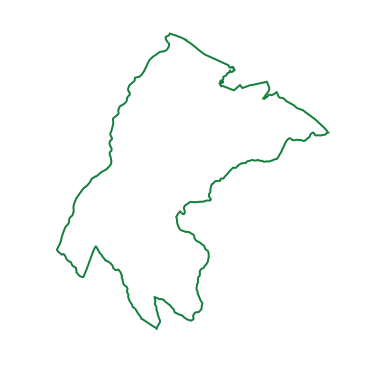 the district of Gnral. Antonio Elizalde, Bolivar, Ecuador, rotated 111°
{"feature_id": "8360857B53481091829171", "entity_name": "Gnral. Antonio Elizalde", "entity_type": "district", "adm_level": 2, "iso_a3": "ECU", "parent_name": "Ecuador", "parent_adm1": "Bolivar", "projection": "natural_earth1", "projection_center": [-79.193, -2.142], "detail": "fine", "context": "isolated", "style": "outline", "palette": "green", "viewbox_px": 384, "rotation_deg": 111, "n_neighbors": 0, "source": "geoboundaries", "source_scale": "gbopen_adm2", "svg_char_len": 6023}
<svg xmlns="http://www.w3.org/2000/svg" viewBox="0 0 384 384"><g transform="rotate(111 192 192)"><path d="M76.0,124.2L74.5,128.1L73.3,136.9L72.3,138.4L71.8,140.0L71.8,140.6L72.4,143.9L72.3,144.5L71.9,145.2L68.5,148.7L72.0,151.2L72.6,151.8L73.2,152.6L73.3,154.6L73.6,154.9L74.4,155.3L76.4,155.9L76.6,156.1L77.0,156.9L79.0,157.8L79.2,159.0L70.3,156.6L68.3,156.7L66.6,157.5L62.3,161.6L70.2,173.7L71.1,175.5L76.9,182.3L75.0,185.5L82.1,189.3L82.0,201.3L82.8,202.4L82.1,203.9L81.5,203.8L81.2,204.1L80.7,204.9L80.0,203.7L78.7,202.5L78.4,202.3L77.8,202.6L77.9,203.0L79.0,204.8L78.8,205.3L77.7,204.9L75.8,203.4L75.3,203.3L73.8,204.0L73.4,204.0L72.7,203.6L71.6,202.2L69.8,201.6L68.3,201.5L67.6,200.4L67.2,200.2L65.2,200.1L65.1,199.9L66.0,199.1L65.9,198.3L65.1,197.1L63.6,196.9L63.3,195.9L62.9,195.9L61.7,197.6L61.2,197.5L60.6,198.8L60.9,199.5L61.6,199.6L61.8,200.4L62.2,201.1L62.1,202.1L60.8,203.0L60.5,204.8L59.0,229.9L56.7,237.6L55.7,240.1L53.4,247.8L52.7,251.9L52.2,251.8L51.7,256.7L51.7,261.5L51.7,263.8L52.1,269.5L52.7,269.5L53.8,269.7L54.7,270.3L56.1,271.8L57.3,272.0L58.3,271.5L59.5,270.3L60.5,269.0L61.3,267.3L62.4,266.1L65.2,265.8L67.8,266.4L69.3,267.1L70.8,268.8L72.4,271.7L73.2,272.6L76.5,274.6L79.6,276.9L83.7,278.9L88.2,279.5L92.4,279.6L94.0,280.1L95.9,279.9L101.0,281.2L103.1,282.3L105.6,286.0L106.4,286.2L107.4,285.7L108.6,285.5L109.8,286.0L113.7,288.2L115.0,288.7L117.9,288.7L119.3,288.5L119.8,288.1L122.4,285.2L123.9,285.1L126.4,286.2L127.0,286.3L129.8,285.7L131.0,285.8L132.1,286.0L133.5,286.7L135.1,287.7L137.3,289.7L138.4,290.1L141.6,290.2L142.8,289.9L144.4,288.9L145.3,288.7L148.5,290.1L149.3,290.8L150.9,291.7L151.8,292.0L152.6,291.8L155.4,290.3L159.4,289.6L164.4,289.1L167.3,289.2L168.5,288.1L170.5,286.0L171.0,285.7L171.7,285.8L174.1,286.8L175.7,286.6L176.5,286.3L177.3,285.8L180.1,282.8L180.8,282.4L181.7,282.1L182.5,282.1L184.4,283.0L185.2,282.8L186.4,282.3L187.5,281.6L188.5,280.5L192.0,278.4L193.4,277.9L195.7,277.7L200.8,279.7L202.6,280.9L206.0,283.8L211.8,287.0L211.9,287.6L215.4,290.3L219.3,290.8L223.1,292.0L227.9,294.8L239.0,297.7L243.6,297.9L247.9,297.5L252.5,295.5L255.7,295.3L256.6,295.3L259.4,296.6L260.3,296.9L261.7,296.8L264.4,296.0L265.8,296.1L267.3,296.5L268.8,297.2L271.1,297.7L279.1,297.6L286.3,296.7L289.0,296.8L290.0,297.1L294.3,297.5L295.2,296.2L296.1,294.4L296.5,292.9L297.1,291.6L296.9,290.7L296.0,289.8L296.1,289.1L297.3,287.4L299.3,285.5L299.8,284.7L300.9,282.0L300.8,280.7L301.0,279.8L302.7,278.2L303.6,277.2L303.8,276.5L304.3,273.4L304.9,272.8L305.6,272.8L306.3,271.8L306.7,271.6L308.3,271.3L310.5,267.2L310.8,265.2L310.7,264.1L310.2,262.9L301.7,262.7L282.7,263.0L279.2,262.8L277.4,262.2L277.9,261.1L279.5,259.4L280.6,257.8L282.0,256.4L283.4,253.3L283.8,252.8L284.6,252.3L285.7,249.9L286.9,248.4L286.9,246.0L287.4,243.6L288.0,242.0L289.3,239.6L291.2,238.3L291.6,237.2L292.2,236.2L292.1,234.8L291.0,233.5L290.9,233.0L291.0,232.5L292.6,229.9L294.6,228.2L295.2,227.1L296.8,227.2L298.3,225.6L300.3,224.5L301.4,223.6L302.3,223.2L303.0,222.3L304.0,219.1L304.9,217.9L306.0,217.3L307.8,217.3L308.2,217.1L310.9,214.5L311.6,214.2L312.6,214.1L313.2,213.8L316.5,210.7L318.6,207.7L320.6,206.1L321.1,203.9L321.6,202.7L324.4,199.3L327.2,194.9L328.5,193.9L328.4,193.1L331.4,179.7L331.6,178.0L332.0,176.7L332.3,176.0L330.0,176.0L325.1,175.3L324.1,175.5L323.4,175.9L321.2,178.0L319.8,179.0L318.9,179.9L317.4,180.8L314.6,183.0L312.0,184.1L310.3,186.1L309.8,186.5L308.9,186.8L307.1,187.0L305.3,188.3L303.7,189.2L303.5,188.7L303.5,186.1L303.8,184.1L303.4,183.2L302.8,182.3L302.8,181.8L303.1,181.1L302.8,179.7L303.9,177.8L305.8,171.5L306.9,169.8L307.5,168.3L308.5,166.7L310.3,165.2L310.7,164.6L310.7,161.7L311.1,160.2L310.7,158.5L310.8,157.1L311.2,155.9L311.9,154.5L312.7,151.1L312.5,146.8L310.5,145.2L309.7,145.1L308.0,146.2L306.9,146.6L305.8,146.5L303.7,146.0L303.0,145.4L301.8,142.9L300.9,142.3L297.9,141.2L296.0,141.8L292.1,142.5L290.0,145.3L284.4,150.5L283.8,150.6L280.9,153.0L279.6,153.5L278.0,153.7L276.1,154.3L274.2,154.0L271.6,155.2L270.0,155.6L269.1,155.5L267.5,154.9L266.6,154.9L263.8,156.1L262.8,156.3L261.5,156.1L260.8,155.8L259.3,154.5L258.6,154.0L257.1,153.8L254.2,152.7L251.4,152.2L249.5,152.7L247.0,153.0L244.4,154.0L242.1,155.3L241.3,156.2L240.9,158.2L240.4,159.1L239.6,160.0L238.3,161.0L237.7,162.0L237.2,164.2L236.4,166.2L236.0,170.5L234.4,173.0L232.1,174.4L231.4,175.2L231.2,175.8L231.0,178.0L230.5,179.9L231.5,184.4L231.6,188.2L231.2,189.8L230.2,191.2L227.7,193.6L225.5,195.2L223.3,195.9L221.1,197.7L220.6,197.8L217.0,197.1L214.4,196.1L215.8,192.9L215.8,192.4L215.6,191.8L215.0,191.4L213.4,191.5L212.6,191.9L210.3,193.6L208.9,194.0L207.8,193.9L206.6,193.3L202.3,190.4L201.5,189.0L200.7,186.2L200.0,184.3L198.1,180.9L197.4,178.7L194.6,175.1L193.8,172.9L193.4,172.1L193.1,171.9L192.6,171.8L191.9,171.9L190.6,173.9L189.7,174.7L188.9,175.1L187.8,175.3L185.9,174.9L184.9,175.0L183.6,175.6L179.9,176.3L177.6,176.3L176.4,175.1L174.6,174.7L173.7,174.2L172.5,172.3L171.6,169.9L171.1,169.7L170.0,170.0L169.3,169.9L168.8,169.4L168.4,168.0L167.9,167.4L165.9,166.9L162.4,165.4L158.7,164.2L154.8,162.5L154.4,162.0L154.3,161.1L153.7,159.8L153.0,159.4L151.9,159.1L151.0,158.4L149.9,158.2L149.0,157.2L147.8,156.4L147.0,155.2L146.2,153.3L145.4,152.0L144.3,151.8L143.7,151.4L142.8,150.5L142.4,149.5L140.6,147.6L140.5,147.2L140.4,145.5L139.9,144.1L139.1,142.7L138.5,142.1L138.4,139.6L137.7,137.4L138.0,136.2L138.0,135.8L137.8,135.2L136.5,133.0L136.2,131.6L134.2,128.9L131.6,126.2L131.1,125.4L131.0,124.9L129.7,124.3L127.4,123.8L125.3,123.6L123.4,123.1L118.9,123.0L116.4,122.6L114.2,122.6L110.9,122.2L108.9,121.6L107.1,120.5L106.7,119.8L106.7,119.2L107.4,117.1L107.4,116.2L106.9,114.6L105.8,113.2L105.3,111.4L104.7,110.2L104.5,109.3L104.4,106.1L104.3,105.7L101.9,103.8L100.8,103.7L98.8,102.1L95.9,102.0L95.2,101.8L93.4,100.7L93.2,100.4L93.3,99.4L94.0,98.4L94.7,97.8L94.8,96.5L93.8,94.6L93.3,92.5L91.5,89.7L91.0,88.6L90.3,88.0L88.5,87.1L87.7,86.1L86.0,88.9L84.5,91.9L81.3,100.0L80.7,101.0L79.3,105.7L77.0,114.1L75.8,118.1L76.0,119.5L76.0,124.2Z" fill="none" stroke="#15803d" stroke-width="2"/></g></svg>